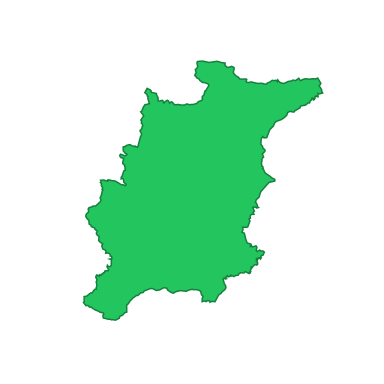 Yamethin, Mandalay, Myanmar, rotated 288°
{"feature_id": "60261553B80519287808549", "entity_name": "Yamethin", "entity_type": "district", "adm_level": 2, "iso_a3": "MMR", "parent_name": "Myanmar", "parent_adm1": "Mandalay", "projection": "orthographic", "projection_center": [96.12, 20.484], "detail": "fine", "context": "isolated", "style": "filled", "palette": "green", "viewbox_px": 384, "rotation_deg": 288, "n_neighbors": 0, "source": "geoboundaries", "source_scale": "gbopen_adm2", "svg_char_len": 6071}
<svg xmlns="http://www.w3.org/2000/svg" viewBox="0 0 384 384"><g transform="rotate(288 192 192)"><path d="M94.8,247.8L102.2,249.1L104.4,250.8L106.9,251.8L108.8,253.2L111.3,253.9L113.3,252.9L114.8,251.1L117.3,249.4L118.5,248.7L119.6,248.7L120.3,249.6L119.7,249.5L119.6,250.8L119.9,251.2L119.9,250.5L120.4,250.2L121.8,251.1L122.4,250.9L123.4,251.4L122.5,252.6L123.6,254.4L124.3,254.4L124.2,255.0L124.9,254.9L124.5,258.0L126.0,259.2L127.2,261.7L128.7,261.9L130.2,263.2L131.2,266.6L132.3,266.9L132.7,267.4L132.1,271.4L132.9,271.4L132.8,272.2L133.2,272.5L134.1,271.9L134.5,272.4L135.6,271.6L138.2,272.3L138.4,271.5L138.9,271.5L139.0,272.7L140.1,272.9L142.2,274.2L142.8,275.5L142.5,276.1L143.4,276.7L145.0,276.3L145.2,275.6L147.1,275.2L146.9,274.6L147.6,274.9L147.8,274.4L148.7,275.4L149.0,274.4L150.2,276.4L149.4,277.9L150.9,278.2L151.0,277.4L153.0,277.6L153.7,279.0L157.2,279.4L157.9,277.6L157.1,276.1L157.7,274.4L155.6,272.3L156.1,271.2L159.6,270.8L160.6,269.5L158.5,266.6L158.6,265.0L158.2,264.3L159.1,264.3L159.7,265.0L160.7,264.0L160.6,260.2L164.2,257.4L169.0,254.5L169.1,252.0L172.0,252.2L174.2,250.9L175.2,254.7L175.9,255.8L182.3,256.1L183.9,254.5L185.1,255.6L186.7,254.8L188.1,254.8L189.2,255.8L189.9,257.8L191.5,256.4L193.0,257.3L196.1,254.5L197.2,256.5L196.8,258.7L197.8,260.0L198.3,258.7L199.6,258.2L201.4,256.6L201.8,255.5L204.6,255.5L207.8,257.4L212.5,257.2L214.0,257.5L224.9,262.3L227.9,267.3L229.6,266.9L230.1,263.5L231.1,261.3L232.5,256.2L233.8,254.5L235.8,252.9L236.1,251.9L236.8,252.2L238.1,251.4L238.3,250.3L241.4,249.0L243.2,249.0L243.9,248.3L246.7,248.8L247.4,249.3L249.8,247.2L253.0,248.7L254.2,248.6L254.7,248.3L255.7,245.7L257.0,245.2L258.7,242.8L263.7,241.4L266.6,242.1L265.7,243.8L266.8,246.3L275.3,246.7L279.8,249.0L283.4,249.3L285.3,250.5L288.5,254.6L291.1,256.6L294.2,258.4L297.1,258.4L299.0,260.2L299.2,263.0L299.7,264.4L300.8,264.6L305.6,268.8L306.2,268.5L307.7,269.1L309.5,272.9L312.9,275.2L313.0,276.3L314.8,276.2L316.2,277.0L318.4,277.2L318.3,278.0L317.0,279.0L317.6,279.7L318.7,279.2L319.0,280.1L320.7,279.5L321.7,280.3L321.2,281.6L321.5,282.5L324.7,281.2L324.5,282.5L326.5,285.7L327.7,284.4L329.5,283.5L332.4,280.1L334.7,281.0L335.2,280.9L339.2,276.4L337.6,274.3L337.1,271.9L335.6,268.9L334.7,264.7L332.8,262.0L331.6,261.4L331.7,260.2L333.2,258.4L329.9,256.0L329.7,253.5L328.4,252.3L326.8,249.2L324.0,246.3L323.4,245.0L323.3,242.3L324.1,240.3L325.1,239.0L323.3,239.1L324.3,237.4L323.3,235.8L323.0,233.8L320.3,231.8L319.3,230.4L317.3,228.9L317.0,227.2L317.1,225.1L315.5,220.7L315.0,214.2L313.6,212.0L313.3,210.5L313.9,209.3L316.0,209.3L316.2,208.7L314.2,202.7L315.5,200.6L316.1,197.8L316.9,196.4L317.7,195.0L318.9,194.2L321.8,194.1L323.4,193.5L323.8,191.0L322.0,188.6L321.5,186.9L322.6,184.3L324.9,183.6L324.2,180.1L324.1,175.5L320.5,168.3L319.8,161.6L318.0,157.2L317.3,156.7L315.8,157.0L313.1,158.7L311.0,158.3L309.4,157.3L306.7,159.2L304.9,158.5L304.1,159.0L303.5,158.8L303.0,160.5L302.1,160.9L301.6,163.8L300.5,165.0L299.4,168.1L299.9,170.4L299.8,173.8L298.5,175.1L292.7,173.8L292.3,173.2L287.8,173.3L286.1,172.3L284.8,172.5L283.6,173.4L281.9,172.7L280.0,170.2L277.7,169.2L275.7,166.2L274.2,162.2L274.2,159.9L272.5,158.2L271.5,155.4L270.9,151.4L269.9,149.7L269.7,148.3L271.4,145.3L271.4,144.5L269.6,143.2L271.5,141.2L271.6,140.1L269.5,138.4L267.9,137.9L268.7,136.8L269.8,136.2L270.0,135.4L268.4,133.0L268.2,131.6L271.3,130.5L273.4,128.3L274.7,127.7L274.2,122.4L275.5,121.9L276.2,120.8L276.7,117.3L271.9,116.4L270.8,119.2L269.5,119.8L268.6,121.0L267.3,121.1L262.9,124.2L262.6,123.2L261.6,122.6L260.6,120.3L257.7,119.5L253.4,119.2L252.4,118.4L249.7,122.5L244.6,121.1L243.9,122.1L241.7,122.6L241.5,123.4L239.8,124.7L238.2,124.4L237.5,124.8L234.1,123.6L231.7,126.1L230.7,126.3L228.4,125.9L218.7,126.5L217.8,126.2L218.1,125.8L217.4,124.2L218.1,123.7L217.2,121.4L217.9,118.6L217.7,117.8L215.9,115.1L214.3,114.3L214.3,113.5L213.5,112.6L209.9,113.9L208.1,116.7L208.1,118.0L207.5,118.6L205.7,117.3L205.9,112.4L204.7,112.0L203.9,112.2L202.7,113.8L202.9,116.6L198.6,117.0L197.6,117.4L196.5,119.9L195.6,120.0L194.7,120.9L193.6,121.0L192.3,122.0L191.0,120.6L185.4,120.6L184.2,120.1L182.5,120.6L183.5,121.7L183.3,122.5L180.0,124.3L179.2,126.8L178.3,127.1L177.3,126.4L177.7,125.0L177.1,122.5L178.6,116.4L178.6,114.1L177.9,112.2L178.1,110.1L177.0,109.0L177.6,108.9L177.7,108.6L177.4,108.1L176.1,107.8L176.1,104.2L174.9,101.4L174.1,102.2L173.0,102.3L172.8,102.0L172.0,103.2L170.1,103.8L168.4,105.7L166.6,105.7L166.3,106.6L165.1,106.3L160.6,106.8L157.9,106.4L156.2,108.0L154.3,107.7L148.9,104.7L147.9,102.0L146.3,100.8L145.5,99.0L143.5,98.5L142.2,99.5L140.7,99.7L138.5,98.3L136.2,98.4L134.4,100.2L133.1,102.7L129.7,104.1L129.3,106.1L128.0,106.8L127.7,110.6L126.4,111.3L125.6,114.1L123.3,113.7L122.2,114.5L121.4,115.8L121.1,117.3L117.0,118.2L116.0,119.9L115.0,123.2L113.8,122.8L112.7,122.9L110.2,124.8L110.0,127.3L108.9,128.7L107.1,128.8L107.8,130.3L108.0,131.9L107.4,133.4L105.8,134.0L106.0,135.5L103.9,136.4L102.8,134.5L102.8,136.2L97.3,137.9L95.6,137.0L95.5,135.0L96.1,134.2L94.5,134.3L92.4,136.7L91.2,136.6L90.1,133.6L88.3,133.6L87.8,132.6L86.2,132.4L85.9,131.2L84.6,131.2L84.7,130.2L83.8,130.0L84.5,129.6L83.2,128.6L83.8,127.2L83.0,126.7L80.8,127.0L80.1,128.2L78.5,128.9L77.1,128.6L73.8,130.4L71.3,130.5L70.0,131.1L69.6,129.8L67.9,128.9L65.3,128.3L64.6,126.7L60.4,124.0L59.2,121.7L54.5,123.3L53.4,122.9L51.2,126.1L51.9,128.5L50.8,130.0L51.5,131.9L50.9,132.6L49.9,136.6L49.7,140.3L49.2,141.5L49.6,145.2L48.3,145.9L47.6,145.4L46.9,145.5L44.8,146.5L45.1,151.6L45.7,153.7L45.5,154.9L46.1,156.2L46.5,158.9L49.5,161.9L51.3,161.7L53.6,164.2L56.4,165.3L57.6,167.1L64.2,164.8L65.9,165.9L69.3,166.8L72.8,168.5L76.3,171.1L77.0,172.6L80.2,174.4L81.3,176.6L83.4,177.3L87.4,182.5L88.0,184.4L87.3,188.5L88.8,191.4L92.2,194.7L92.8,197.6L91.2,199.1L90.0,203.2L90.0,205.6L91.6,206.8L93.3,209.1L94.7,211.7L95.8,217.2L97.8,219.3L99.6,222.4L99.4,223.3L100.4,225.9L100.7,228.9L100.2,230.9L97.2,232.8L96.1,234.8L93.7,234.6L90.8,235.6L92.0,236.8L92.2,239.5L93.6,240.3L93.8,242.1L92.7,243.2L93.9,244.3L94.8,247.8Z" fill="#22c55e" stroke="#15803d" stroke-width="1.5"/></g></svg>